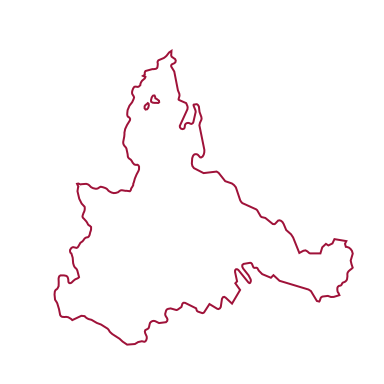 SVG path tracing the border of Zaragoza, rotated 352°
{"feature_id": "ESP-5853", "entity_name": "Zaragoza", "entity_type": "Autonomous Community", "adm_level": 1, "iso_a3": "ESP", "parent_name": "Spain", "parent_adm1": "", "projection": "mercator", "projection_center": [-1.121, 41.843], "detail": "fine", "context": "isolated", "style": "outline", "palette": "rose", "viewbox_px": 384, "rotation_deg": 352, "n_neighbors": 0, "source": "natural_earth", "source_scale": "10m", "svg_char_len": 5966}
<svg xmlns="http://www.w3.org/2000/svg" viewBox="0 0 384 384"><g transform="rotate(352 192 192)"><path d="M171.0,65.0L173.4,65.0L174.7,64.3L175.2,63.4L175.8,61.2L176.0,60.1L175.9,59.0L176.2,57.9L177.1,56.9L182.7,55.4L184.2,54.6L185.7,53.6L188.8,50.6L191.3,49.4L190.4,53.8L190.7,55.2L193.8,58.1L194.2,59.6L193.6,61.2L192.4,62.0L189.8,62.8L189.2,63.4L188.9,64.1L188.9,64.9L191.2,70.2L192.2,89.3L193.1,92.9L193.1,94.0L193.0,95.0L191.7,98.0L191.6,98.6L192.0,99.1L198.6,103.2L199.4,106.3L199.5,107.4L199.0,109.4L189.1,124.9L189.1,126.4L189.9,127.7L191.2,128.4L192.6,128.3L193.6,127.4L194.4,124.6L195.2,123.6L196.3,123.1L197.5,123.0L198.5,123.2L200.1,124.2L200.9,124.5L201.9,124.2L202.6,123.7L203.1,122.9L206.8,113.2L206.8,111.7L205.7,107.2L205.6,106.1L205.9,105.7L208.8,105.7L209.4,106.0L210.0,106.7L210.7,108.3L210.6,113.8L211.7,119.0L211.7,120.7L211.3,121.8L209.5,124.6L208.6,127.0L210.1,152.1L209.7,154.4L208.8,156.6L207.4,158.4L205.7,159.1L204.9,158.8L203.0,156.0L202.2,155.4L201.3,155.1L200.3,155.0L199.4,155.2L198.6,155.8L197.9,156.6L196.9,158.6L195.8,163.8L196.0,166.3L197.2,168.6L206.1,174.9L219.2,175.2L221.0,176.7L226.4,185.9L232.7,189.1L234.6,191.0L236.1,193.5L238.6,207.0L239.3,208.6L240.3,210.0L253.1,218.1L254.0,219.1L256.6,225.6L257.4,226.5L261.0,227.9L267.5,234.9L269.0,235.3L269.8,235.1L273.3,232.3L274.7,232.2L276.1,232.9L277.4,234.3L278.3,236.4L280.0,242.8L284.2,247.7L285.8,251.1L289.8,267.3L294.1,265.7L296.3,265.6L298.0,266.9L299.5,268.7L300.3,269.2L310.6,270.7L313.3,264.9L317.4,262.0L319.6,263.9L323.9,262.5L326.5,258.5L338.0,262.1L336.3,264.6L336.7,267.7L337.6,267.9L339.6,268.9L341.1,270.5L342.2,272.6L342.6,275.4L339.6,282.0L339.9,285.6L340.6,289.3L340.3,289.6L339.1,290.4L337.8,291.1L336.0,292.3L335.0,293.4L334.5,294.5L334.3,295.7L334.2,297.0L333.4,299.9L332.7,301.0L331.7,301.8L330.7,302.3L328.6,302.8L327.8,303.6L327.4,304.4L326.7,305.1L325.6,305.4L324.5,305.4L323.3,306.1L322.7,307.0L322.4,308.3L322.3,309.4L322.3,310.6L322.6,311.8L323.1,312.6L323.6,314.7L317.8,315.6L315.0,315.3L312.1,313.8L306.6,313.7L305.4,314.2L304.9,314.6L304.5,315.2L303.3,317.6L302.7,318.2L300.5,317.3L296.0,306.7L293.8,304.8L266.3,292.1L261.1,285.7L258.2,287.9L250.1,283.1L247.2,279.2L246.1,276.5L245.4,276.0L243.1,275.8L242.4,275.2L242.1,274.4L241.4,271.6L240.7,270.6L239.8,270.2L233.0,270.4L231.6,271.4L231.4,273.0L232.0,274.9L236.4,282.4L237.9,286.6L238.0,287.5L237.8,288.6L237.0,290.0L236.1,290.2L235.2,289.3L227.0,275.6L226.0,274.8L224.9,274.6L223.8,275.5L223.5,277.2L224.2,286.8L222.2,288.4L226.0,295.7L216.1,308.1L210.6,301.3L209.3,300.3L208.0,300.5L206.8,302.0L204.5,309.8L203.4,311.1L201.9,311.6L200.8,311.2L193.7,305.4L187.2,312.9L186.4,313.3L185.4,313.4L181.3,311.3L180.5,310.6L180.1,309.5L179.9,307.8L169.7,300.8L168.1,300.5L167.4,300.9L166.9,301.4L165.5,304.4L161.2,306.6L160.1,306.7L154.6,304.3L152.1,304.4L150.8,304.8L149.9,305.7L148.5,308.9L148.4,310.0L148.8,311.5L149.6,313.1L150.0,314.6L149.5,316.2L148.1,317.3L141.1,317.2L137.6,314.8L136.3,314.3L134.9,314.3L133.5,314.8L132.3,315.7L131.7,316.9L130.7,319.6L130.1,320.7L129.3,321.3L126.5,322.3L125.9,323.6L126.0,325.3L127.0,328.7L126.9,330.4L126.2,332.1L125.1,333.4L123.9,333.7L121.6,332.8L117.8,333.1L114.3,334.6L106.5,334.1L102.5,330.5L99.8,327.2L93.4,321.7L91.7,319.7L91.0,318.7L90.6,317.6L90.1,316.6L89.4,315.6L83.5,310.6L79.5,308.4L74.7,304.6L71.8,303.4L70.3,302.3L69.1,301.1L68.4,300.0L65.2,299.2L55.6,302.2L54.6,300.9L52.0,298.8L49.9,298.1L48.7,298.1L46.6,297.7L45.6,297.3L44.8,296.5L44.3,295.4L44.0,289.5L43.1,283.6L42.8,282.6L41.4,279.6L41.6,274.4L42.3,271.5L43.0,270.4L43.7,269.8L44.5,269.5L45.3,268.9L46.8,266.7L47.4,263.1L47.8,259.3L48.2,258.1L48.8,257.0L50.1,256.3L53.7,256.8L55.7,257.5L56.5,258.2L57.0,259.1L57.2,260.2L57.3,261.4L57.1,263.8L57.5,264.8L58.3,265.3L59.3,265.3L60.2,264.9L62.4,263.3L64.3,262.2L66.6,261.6L67.6,261.2L68.3,260.6L67.5,253.9L67.1,252.5L66.4,251.4L65.5,250.4L64.8,248.6L64.4,246.0L64.7,240.5L64.0,236.1L63.3,235.4L63.0,234.4L63.0,233.3L63.3,232.2L64.8,230.6L66.1,230.1L66.8,230.1L69.9,231.3L70.9,231.0L71.7,230.3L74.4,226.8L76.7,225.6L77.7,224.7L79.1,223.2L80.3,222.5L81.4,222.3L82.6,222.3L83.6,221.7L84.6,220.3L85.6,217.7L86.4,216.2L86.9,214.8L87.2,212.6L86.0,211.1L85.2,210.6L84.5,209.7L84.2,208.6L83.3,206.5L81.3,203.5L80.5,202.5L80.1,201.3L80.5,199.9L81.7,197.6L82.4,196.6L83.0,195.4L83.4,194.1L83.6,192.8L83.6,191.7L81.1,188.1L79.4,183.0L78.7,175.3L79.8,171.6L80.2,171.0L79.3,167.9L80.6,167.8L82.7,169.0L83.7,168.9L88.3,169.2L89.3,169.6L90.3,170.2L91.2,171.1L92.6,173.0L93.5,173.7L94.5,174.4L96.8,175.3L97.9,175.5L99.1,175.4L101.3,174.4L102.4,174.1L104.5,174.9L106.5,175.9L107.4,176.5L108.3,177.3L109.5,179.2L110.4,180.0L112.2,181.3L114.3,182.2L116.5,182.3L118.8,181.9L120.6,180.8L122.0,180.4L122.9,180.5L126.3,181.6L127.4,181.7L130.5,182.6L131.0,182.3L131.7,181.5L132.3,180.0L133.4,178.8L134.7,177.1L135.0,175.6L135.7,174.4L137.3,170.7L139.5,167.0L141.9,163.7L142.7,162.2L143.1,159.5L142.6,158.1L141.7,157.4L140.6,157.4L139.5,157.1L138.6,156.6L137.2,154.5L136.9,153.4L135.9,151.5L134.2,149.9L133.6,148.9L133.4,147.8L133.5,145.6L133.1,139.8L132.7,138.7L131.4,136.7L130.9,135.5L130.7,134.4L130.8,133.0L132.6,127.7L133.2,125.2L133.3,124.0L134.6,120.3L137.0,116.6L140.5,112.4L140.9,111.1L140.6,110.1L140.0,109.2L139.2,108.7L138.7,107.7L138.6,106.5L138.9,104.8L139.6,102.0L142.1,97.8L145.2,94.8L147.0,92.0L147.8,90.3L147.6,89.2L146.5,86.7L146.4,85.7L146.6,84.5L147.1,83.2L147.9,81.7L148.7,80.6L149.6,79.8L150.9,79.8L153.0,80.4L154.0,80.2L155.7,79.0L156.0,77.7L156.8,76.3L158.1,74.8L161.0,73.0L161.7,72.0L161.9,71.5L160.0,70.5L159.6,70.2L161.6,69.3L161.7,67.6L162.1,66.6L162.8,65.7L169.9,64.8L171.0,65.0ZM171.1,99.1L172.0,98.5L172.0,97.0L169.9,94.9L168.8,94.2L168.7,92.4L168.3,91.2L167.4,91.1L166.7,91.2L165.3,92.7L164.2,95.3L164.1,96.9L165.4,98.0L167.1,98.5L171.1,99.1ZM157.5,103.9L159.1,103.8L160.4,102.5L161.3,100.2L161.3,98.5L160.6,97.8L159.5,98.6L158.0,99.4L157.0,100.5L156.7,102.5L157.5,103.9Z" fill="none" stroke="#9f1239" stroke-width="2"/></g></svg>